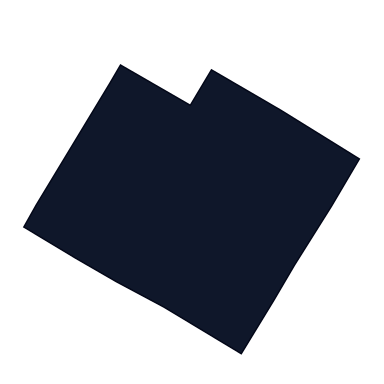 outline of Texas, Missouri, United States of America, rotated 300°
{"feature_id": "52423323B54713673319448", "entity_name": "Texas", "entity_type": "district", "adm_level": 2, "iso_a3": "USA", "parent_name": "United States of America", "parent_adm1": "Missouri", "projection": "robinson", "projection_center": [-91.991, 37.327], "detail": "fine", "context": "isolated", "style": "filled", "palette": "ink", "viewbox_px": 384, "rotation_deg": 300, "n_neighbors": 0, "source": "geoboundaries", "source_scale": "gbopen_adm2", "svg_char_len": 364}
<svg xmlns="http://www.w3.org/2000/svg" viewBox="0 0 384 384"><g transform="rotate(300 192 192)"><path d="M76.5,124.7L76.5,171.3L78.3,225.3L76.6,315.5L138.8,317.0L180.1,317.3L249.3,319.9L304.3,320.4L307.2,228.3L307.5,147.8L266.2,147.2L266.2,66.6L245.5,66.5L161.6,64.8L102.9,63.6L77.6,63.9L76.5,124.7Z" fill="#0f172a" stroke="#020617" stroke-width="1.5"/></g></svg>